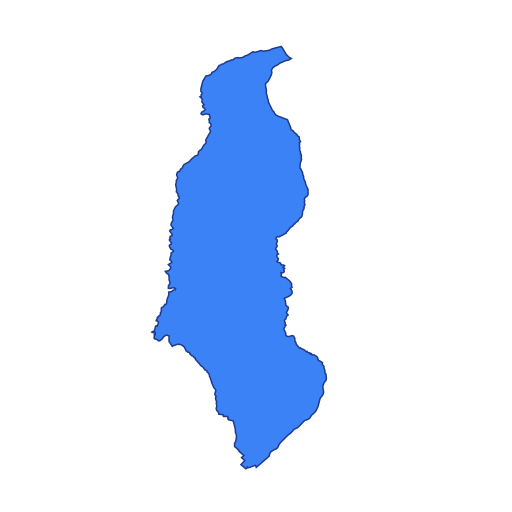 outline of Schela, Gorj, Romania, rotated 12°
{"feature_id": "2599482B25991908256991", "entity_name": "Schela", "entity_type": "district", "adm_level": 2, "iso_a3": "ROU", "parent_name": "Romania", "parent_adm1": "Gorj", "projection": "natural_earth1", "projection_center": [23.303, 45.212], "detail": "fine", "context": "isolated", "style": "filled", "palette": "blue", "viewbox_px": 512, "rotation_deg": 12, "n_neighbors": 0, "source": "geoboundaries", "source_scale": "gbopen_adm2", "svg_char_len": 6123}
<svg xmlns="http://www.w3.org/2000/svg" viewBox="0 0 512 512"><g transform="rotate(12 256 256)"><path d="M300.2,462.7L310.5,449.1L310.5,446.4L311.4,444.3L313.8,441.9L316.1,440.3L317.1,438.8L317.9,435.2L318.7,433.5L324.4,424.7L326.9,421.8L329.3,417.6L332.5,415.2L337.8,406.8L340.1,405.5L342.1,403.7L343.5,400.1L345.6,397.3L346.9,394.9L348.0,390.0L348.3,381.9L350.3,377.8L350.5,375.2L348.5,370.0L348.8,366.3L350.4,362.8L350.3,361.1L348.9,356.8L347.6,355.9L347.3,353.9L345.4,350.7L345.5,349.9L343.3,348.1L343.2,346.5L340.8,345.5L338.9,345.3L338.2,344.2L337.8,344.1L337.9,343.5L336.9,342.1L334.6,341.0L333.2,340.6L331.3,341.1L330.5,340.6L330.5,340.1L329.4,340.6L328.7,340.0L328.9,339.7L326.0,339.4L325.8,338.7L325.1,339.1L322.2,337.6L320.0,337.3L318.6,336.6L318.2,337.0L317.5,336.8L313.8,334.0L312.8,332.1L311.9,331.3L311.0,328.3L309.3,326.4L307.8,326.4L305.1,327.9L302.8,328.1L301.4,327.2L301.5,326.4L300.8,324.7L298.2,321.6L299.0,319.7L298.9,318.7L299.7,317.8L299.3,316.9L298.7,316.9L298.5,315.3L297.7,314.3L297.2,312.9L297.4,312.3L298.2,311.6L298.5,308.5L299.7,307.0L297.5,305.3L298.4,301.9L298.5,300.0L297.8,299.1L295.6,298.2L293.9,293.4L292.3,291.6L296.3,288.8L298.3,286.7L299.1,284.7L298.7,283.2L297.6,281.6L296.3,280.6L297.8,279.1L296.8,277.8L297.0,277.0L296.4,275.4L294.2,273.5L289.2,270.8L287.3,271.3L284.7,270.5L284.8,269.0L283.8,267.0L285.7,266.9L286.8,265.7L286.8,264.8L285.9,263.7L286.6,262.1L284.9,261.6L286.0,259.5L285.1,259.1L282.8,259.4L281.0,257.6L278.4,257.5L277.6,256.9L278.5,255.3L278.5,254.3L276.5,252.2L276.1,250.9L277.5,249.4L276.7,249.1L275.7,246.8L273.8,245.2L273.9,244.1L274.7,241.7L273.4,240.1L273.8,236.8L273.4,235.9L271.8,235.1L271.9,234.2L272.8,232.6L274.7,232.4L280.8,227.3L280.9,226.0L281.8,224.9L283.6,221.1L285.7,219.0L286.6,216.8L287.3,216.5L287.4,215.7L289.8,213.0L290.1,211.7L291.3,209.3L291.8,209.2L292.3,208.5L292.7,207.4L292.5,205.9L292.7,204.8L292.2,202.6L293.1,200.1L292.8,197.2L293.2,195.7L292.1,193.5L292.2,192.0L291.5,190.5L291.7,188.9L293.6,186.7L294.0,185.4L294.1,184.6L293.3,181.5L293.3,180.4L289.9,175.9L288.8,173.3L286.4,170.1L286.1,168.3L284.7,166.4L284.3,164.9L281.6,161.4L280.7,160.9L280.0,156.5L280.5,152.0L279.9,151.0L279.5,148.2L278.9,147.0L278.1,146.5L278.0,145.1L276.7,143.4L276.4,141.3L275.8,140.1L275.3,136.9L274.8,136.0L275.8,134.9L273.9,132.7L274.0,132.0L273.3,130.4L271.7,129.9L271.2,129.1L269.0,127.7L267.5,127.2L266.9,126.2L264.2,125.1L263.4,124.0L263.3,123.3L258.4,116.1L248.5,114.6L246.2,113.9L244.4,112.5L243.7,111.4L241.8,110.1L236.1,102.8L235.6,101.0L234.9,100.1L232.0,93.9L231.8,91.8L229.9,87.4L229.5,85.2L231.5,82.6L233.3,75.9L233.4,73.3L232.5,71.3L233.1,68.7L234.9,66.4L238.0,64.1L238.7,62.8L243.8,59.1L247.5,57.4L249.4,55.4L247.3,54.9L243.6,52.5L238.8,47.2L237.1,45.8L228.9,49.9L226.1,52.1L220.6,54.1L218.1,54.0L212.9,56.9L210.5,56.9L206.1,61.2L203.8,62.5L201.8,64.4L199.2,65.6L196.6,65.8L194.1,67.0L192.6,69.0L190.7,69.5L189.9,70.5L186.7,72.1L184.2,74.9L182.7,75.4L181.8,76.4L180.2,77.4L178.7,81.7L176.6,84.4L174.8,85.4L174.5,87.3L174.0,87.8L172.5,89.1L169.6,90.3L167.6,96.1L167.3,103.7L167.8,106.3L169.2,107.5L169.6,108.3L168.8,109.8L169.3,111.3L168.1,112.0L170.4,113.3L170.7,113.6L171.0,116.5L173.7,118.9L172.5,120.2L172.9,121.1L173.4,121.7L175.5,122.6L175.8,123.1L175.8,123.8L172.9,126.8L172.6,128.3L173.7,128.9L174.7,128.9L177.7,127.3L181.1,127.3L181.3,128.4L182.5,130.1L182.3,131.0L181.5,131.7L181.6,132.6L182.2,133.2L182.5,135.2L184.4,136.1L185.0,138.0L183.8,140.6L183.8,141.2L185.7,143.5L182.9,152.3L182.8,153.1L183.6,155.3L183.4,156.3L181.9,158.4L180.4,163.2L179.0,164.4L178.1,165.9L178.3,169.2L175.6,170.9L172.8,174.5L171.0,177.7L166.4,181.7L165.3,185.7L164.0,186.9L164.0,188.4L163.5,189.2L162.5,189.5L161.7,190.6L161.5,192.4L161.6,193.6L162.7,194.9L163.2,196.1L162.3,198.9L162.7,200.2L162.6,202.9L164.6,207.6L164.7,209.8L165.6,210.2L165.8,210.7L167.0,211.7L167.2,213.3L168.6,214.2L168.7,215.8L167.4,218.1L169.4,220.7L169.2,221.7L167.0,224.8L165.9,229.1L166.4,231.6L166.2,235.8L167.0,236.9L167.4,238.2L166.4,241.3L166.3,243.0L166.8,243.9L169.3,246.1L168.8,247.2L167.0,248.1L166.4,248.8L166.6,249.7L169.2,252.1L169.7,253.3L169.5,253.9L168.4,254.2L168.0,254.7L167.9,256.1L168.8,257.3L167.9,257.8L167.9,258.4L170.7,261.0L170.5,262.0L169.5,262.8L169.0,263.7L169.2,264.4L171.2,267.0L173.8,267.6L174.3,268.5L172.3,270.9L172.7,272.0L172.3,277.1L172.7,277.9L174.3,278.6L175.0,279.8L172.0,282.6L174.8,284.5L175.2,285.4L174.1,287.8L173.5,288.6L170.5,289.9L172.3,291.5L174.2,292.2L175.2,294.1L176.0,297.6L177.5,299.7L177.1,302.0L176.5,303.5L177.0,305.9L179.3,305.5L181.0,304.3L184.1,304.4L184.2,304.6L183.8,306.1L182.1,306.6L180.5,308.6L178.1,309.4L178.8,312.0L178.0,317.1L178.4,321.2L177.6,322.2L177.0,322.2L176.0,324.7L174.2,326.5L174.9,330.3L174.3,331.4L174.6,331.8L174.5,333.3L174.2,334.4L173.9,334.3L172.2,336.7L172.7,337.1L171.7,339.7L171.9,340.2L172.9,340.0L174.3,340.8L174.4,342.6L173.9,345.1L172.8,345.0L172.3,345.9L172.3,349.3L171.9,350.5L169.9,352.1L170.3,352.4L173.3,351.6L173.7,353.9L173.0,353.8L172.4,353.0L173.3,355.3L173.2,357.0L173.8,358.1L175.0,358.2L175.5,357.8L178.2,359.2L179.5,359.0L181.5,356.5L182.5,354.1L184.8,351.9L187.5,352.2L188.7,357.7L192.9,361.8L193.8,360.9L198.1,358.3L198.6,358.6L200.5,358.2L202.6,358.8L204.8,360.0L206.4,361.9L207.2,363.3L208.3,363.5L208.9,364.2L211.1,364.2L211.7,365.6L214.1,366.9L214.9,366.9L217.1,368.5L217.9,368.5L218.4,370.0L219.0,370.1L221.6,372.3L222.8,372.7L223.1,373.4L225.5,375.1L227.1,375.6L229.5,377.9L232.0,378.7L232.5,379.8L233.3,380.1L234.9,381.6L235.6,383.6L236.5,384.5L237.5,386.5L238.4,387.4L238.6,388.5L241.8,393.1L244.7,395.7L244.4,399.3L245.2,401.0L246.2,401.6L245.9,403.2L246.5,404.9L247.8,406.6L247.7,408.1L248.9,411.0L248.7,413.4L249.6,415.1L251.8,416.7L252.4,418.5L256.8,418.1L257.5,419.7L261.2,418.9L262.4,419.7L262.2,421.1L263.5,422.0L268.0,422.0L271.6,429.3L272.6,432.9L273.6,434.3L274.5,436.7L274.7,441.0L274.0,444.0L274.7,447.0L275.5,447.1L280.6,450.4L280.3,450.8L285.7,453.7L283.7,456.2L287.6,458.4L284.6,463.2L290.3,466.2L291.3,465.3L291.4,464.2L292.2,464.7L293.4,464.3L298.4,461.1L299.0,460.9L300.2,462.7Z" fill="#3b82f6" stroke="#1e3a8a" stroke-width="1.5"/></g></svg>